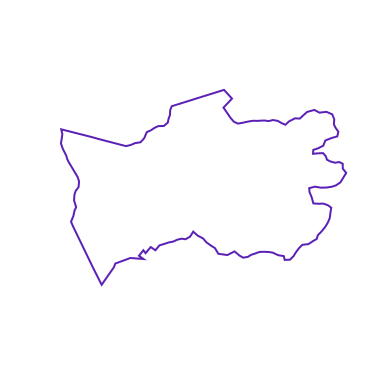 outline of Gramado, Rio Grande do Sul, Brazil, rotated 106°
{"feature_id": "56859067B38630420748916", "entity_name": "Gramado", "entity_type": "district", "adm_level": 2, "iso_a3": "BRA", "parent_name": "Brazil", "parent_adm1": "Rio Grande do Sul", "projection": "albers", "projection_center": [-50.903, -29.392], "detail": "fine", "context": "isolated", "style": "outline", "palette": "violet", "viewbox_px": 384, "rotation_deg": 106, "n_neighbors": 0, "source": "geoboundaries", "source_scale": "gbopen_adm2", "svg_char_len": 1927}
<svg xmlns="http://www.w3.org/2000/svg" viewBox="0 0 384 384"><g transform="rotate(106 192 192)"><path d="M188.8,54.3L183.9,53.0L179.0,52.4L174.0,53.2L168.7,53.8L167.2,57.9L167.0,62.8L168.4,67.0L169.5,72.2L164.1,75.5L159.5,79.1L156.0,80.4L153.0,75.3L152.3,69.3L150.7,64.1L148.5,59.2L146.0,55.5L141.8,52.0L135.7,50.3L131.2,49.0L128.0,53.5L123.3,54.9L122.6,58.7L124.4,62.5L124.5,67.4L123.7,71.2L120.8,73.2L118.5,76.7L120.1,81.5L121.9,86.2L118.1,87.0L115.2,82.8L111.3,78.6L105.7,78.0L101.7,72.8L98.5,67.7L93.8,67.9L90.6,71.8L87.8,74.3L82.9,75.3L78.7,78.6L77.9,84.8L80.6,91.4L79.4,97.0L83.3,103.4L87.7,106.2L91.7,108.6L92.8,113.3L97.4,118.2L101.6,120.7L101.1,124.8L100.0,129.1L100.5,134.0L102.6,137.6L103.4,142.4L105.6,148.7L106.8,153.3L108.8,157.4L111.7,162.8L113.6,166.8L112.9,171.1L110.2,175.3L102.2,185.0L91.2,179.3L85.0,189.4L115.1,235.1L119.4,235.5L124.2,234.4L128.1,234.7L132.0,234.4L136.3,237.3L138.0,242.7L141.0,246.0L144.0,248.5L147.0,252.0L153.6,252.8L158.4,255.2L160.7,260.2L163.8,264.0L166.1,268.2L166.8,296.5L166.8,302.5L167.8,335.0L172.0,332.6L176.8,331.9L181.4,331.4L186.1,328.1L191.7,322.9L194.6,321.1L197.3,318.7L206.6,308.7L209.2,306.0L212.9,303.5L218.5,302.4L223.1,304.1L226.6,304.3L232.5,303.1L238.5,299.2L242.4,299.8L247.8,299.4L253.9,300.1L257.8,296.9L291.8,266.5L306.1,253.3L285.8,246.3L281.9,246.0L272.4,233.0L269.8,220.2L267.9,225.4L261.4,222.7L263.6,219.8L256.3,216.5L258.1,211.1L252.3,208.6L249.4,204.1L246.8,200.3L244.9,196.5L241.9,193.0L239.7,189.0L239.2,185.2L235.4,181.5L229.8,179.9L232.4,174.4L233.6,168.5L236.3,164.5L238.3,159.0L239.6,154.5L244.1,149.7L242.9,140.7L237.4,134.7L240.1,128.6L241.0,124.6L238.9,120.3L236.2,118.0L233.7,114.3L231.0,110.6L229.5,105.8L228.6,102.1L228.0,97.8L229.0,91.8L228.3,86.1L231.7,84.2L230.1,79.2L225.7,76.7L221.3,75.5L216.6,73.7L212.4,71.4L210.0,65.7L206.0,62.3L202.8,59.2L198.8,59.1L194.4,56.7L188.8,54.3Z" fill="none" stroke="#5b21b6" stroke-width="2"/></g></svg>